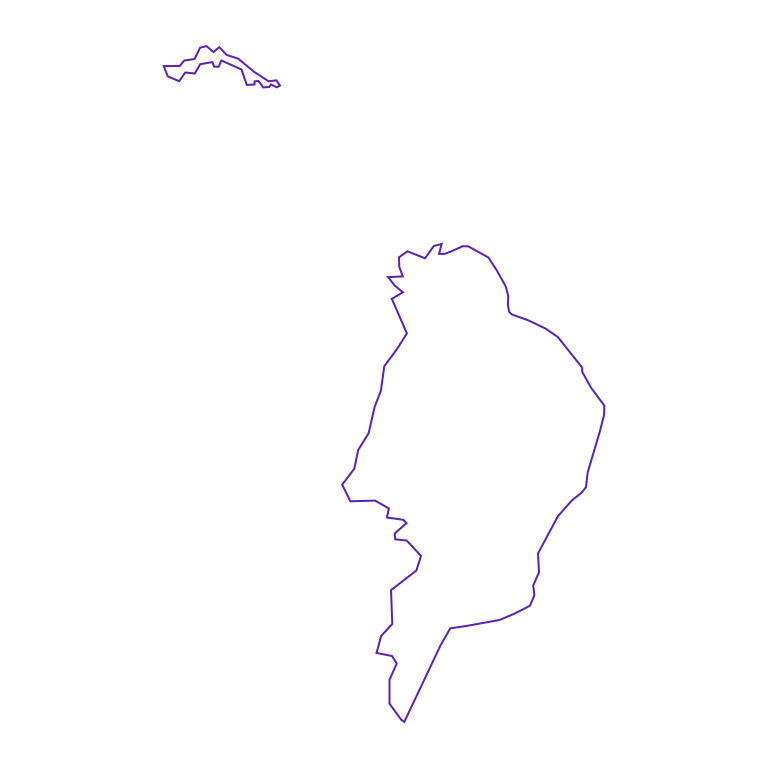 outline of Uzun, Surkhandarya, Uzbekistan
{"feature_id": "79887680B11166150999612", "entity_name": "Uzun", "entity_type": "district", "adm_level": 2, "iso_a3": "UZB", "parent_name": "Uzbekistan", "parent_adm1": "Surkhandarya", "projection": "natural_earth1", "projection_center": [68.025, 38.226], "detail": "fine", "context": "isolated", "style": "outline", "palette": "violet", "viewbox_px": 768, "rotation_deg": 0, "n_neighbors": 0, "source": "geoboundaries", "source_scale": "gbopen_adm2", "svg_char_len": 1487}
<svg xmlns="http://www.w3.org/2000/svg" viewBox="0 0 768 768"><path d="M391.8,298.8L406.9,333.3L397.3,348.6L384.3,366.2L380.9,390.7L374.6,407.0L368.7,433.1L358.2,450.0L354.3,468.7L342.2,484.7L350.4,501.3L375.1,500.6L388.9,508.5L386.9,517.5L403.3,519.8L406.5,523.2L394.6,533.5L395.2,539.3L406.7,540.5L421.0,555.9L416.4,570.5L391.0,590.1L392.3,623.9L381.2,635.9L376.5,653.0L392.0,656.0L396.7,663.6L389.5,679.8L389.5,703.7L401.3,719.8L404.3,721.9L435.1,656.8L440.4,645.6L450.3,628.3L466.8,625.9L469.0,625.5L499.7,619.9L514.8,613.5L530.0,605.7L531.4,602.4L534.4,595.1L533.2,585.6L539.0,572.3L538.0,553.4L558.0,516.1L572.0,500.3L581.8,492.5L586.0,487.2L587.7,472.4L599.6,432.3L604.1,414.9L604.3,405.5L591.0,387.7L582.2,371.8L582.2,368.4L581.9,367.3L569.9,352.2L557.9,337.1L545.8,328.7L528.2,320.3L511.9,314.5L509.2,311.8L507.9,305.0L508.2,295.6L505.6,286.1L496.4,269.8L488.4,257.5L468.1,246.3L462.6,246.2L451.5,251.3L444.6,253.9L439.1,253.8L441.6,244.0L433.8,246.0L425.1,258.3L407.5,251.3L399.0,257.3L399.3,266.8L402.8,276.4L388.1,277.1L394.8,285.6L402.9,292.3L391.8,298.8ZM206.5,46.1L200.1,47.7L194.6,59.0L184.3,60.5L179.7,66.0L163.7,66.1L167.8,76.4L179.2,81.2L185.2,72.5L194.8,73.5L200.2,64.2L212.4,62.1L214.2,66.6L218.6,66.8L221.4,60.5L241.5,69.5L246.8,84.9L254.5,84.5L254.6,81.4L258.4,80.9L263.3,87.4L269.1,87.0L271.1,84.5L276.7,87.3L280.0,85.5L276.3,80.3L268.6,81.3L254.2,71.9L238.1,58.6L226.7,55.0L219.3,47.2L213.4,52.0L206.5,46.1Z" fill="none" stroke="#5b21b6" stroke-width="2"/></svg>